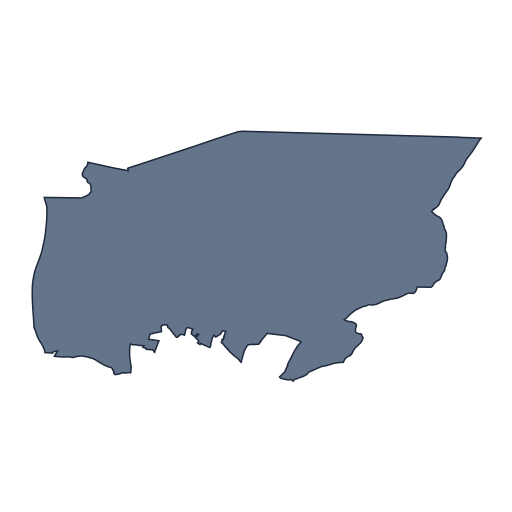 outline of Malambo, Atlántico, Colombia, rotated 181°
{"feature_id": "7082276B4213676035156", "entity_name": "Malambo", "entity_type": "district", "adm_level": 2, "iso_a3": "COL", "parent_name": "Colombia", "parent_adm1": "Atlántico", "projection": "albers", "projection_center": [-74.828, 10.852], "detail": "fine", "context": "isolated", "style": "filled", "palette": "slate", "viewbox_px": 512, "rotation_deg": 181, "n_neighbors": 0, "source": "geoboundaries", "source_scale": "gbopen_adm2", "svg_char_len": 6070}
<svg xmlns="http://www.w3.org/2000/svg" viewBox="0 0 512 512"><g transform="rotate(181 256 256)"><path d="M41.9,378.0L55.5,378.2L55.5,378.4L271.8,380.5L276.4,379.9L278.2,379.2L285.6,376.7L288.2,375.8L299.4,371.9L321.4,364.0L360.5,350.3L373.3,345.8L384.9,341.9L385.8,341.4L385.2,339.1L399.1,341.4L425.7,346.8L426.0,346.5L425.8,345.9L425.8,345.3L426.2,344.1L427.0,342.6L428.3,341.3L429.0,340.3L429.7,338.7L430.1,337.6L430.9,336.2L431.0,335.6L431.1,334.5L430.8,333.1L430.5,332.7L429.1,331.4L428.5,331.2L427.0,330.2L426.3,329.2L426.2,328.0L426.0,327.5L425.6,326.9L425.2,326.4L424.7,326.2L424.3,326.2L423.7,325.8L423.0,324.8L422.5,323.8L422.5,323.2L422.2,322.0L422.2,320.0L421.9,317.7L423.8,315.2L424.0,314.7L425.3,314.0L426.2,313.3L429.5,311.9L431.2,311.0L468.7,310.9L468.5,309.8L468.2,308.5L466.3,302.9L465.9,300.8L465.8,294.9L465.9,288.8L466.3,282.8L466.9,276.1L467.4,271.6L468.3,266.4L469.3,261.3L470.2,257.1L470.8,254.9L471.8,251.7L475.8,240.4L476.8,237.1L477.4,234.6L478.0,231.4L478.5,228.2L478.9,224.5L479.1,220.9L479.1,214.1L478.8,207.3L478.3,200.3L477.2,187.6L476.7,180.7L474.7,176.0L473.5,172.3L472.3,169.9L471.7,168.9L471.1,167.6L469.5,165.4L468.2,163.1L467.7,162.5L467.1,161.2L465.6,157.5L465.3,156.3L465.3,155.7L460.7,155.6L457.6,155.3L457.3,156.6L452.8,157.5L454.1,155.1L454.7,154.3L455.9,152.3L455.1,152.1L447.3,151.6L444.0,151.8L440.4,151.8L439.1,151.6L437.0,151.4L436.4,151.4L434.7,152.1L433.4,152.4L429.8,153.0L428.2,153.0L427.3,152.8L426.1,152.6L421.9,151.9L419.4,151.1L417.4,150.6L414.9,149.5L413.4,148.6L411.9,147.6L405.3,144.0L401.4,142.5L398.6,141.8L398.3,141.6L397.8,140.9L397.1,139.3L396.4,138.7L396.4,138.3L396.2,138.1L396.3,137.8L396.1,137.4L396.1,137.0L396.3,136.5L395.9,135.9L395.0,135.0L393.6,135.1L392.1,135.3L386.8,137.0L386.4,137.0L385.3,136.6L381.3,137.2L379.2,137.1L378.9,141.7L378.9,142.9L380.3,151.2L380.6,153.6L380.7,158.8L380.7,160.7L380.6,162.2L380.2,165.8L377.3,165.0L374.2,165.2L372.3,164.6L370.6,164.5L368.2,164.5L367.2,164.4L366.5,164.2L366.9,163.7L367.5,162.7L365.2,162.0L364.3,161.5L364.3,160.9L364.2,160.8L363.3,160.7L362.4,160.8L361.9,160.6L358.7,160.5L356.8,159.7L356.7,159.4L356.0,158.1L355.6,157.9L355.5,158.8L352.0,168.5L351.9,168.5L351.5,169.6L361.9,170.9L360.5,176.1L358.1,176.6L358.1,176.8L349.2,178.7L349.6,183.9L349.3,184.3L349.0,184.5L349.1,184.8L347.6,185.3L346.3,185.6L343.4,185.5L343.2,183.8L342.9,183.1L342.6,182.7L341.3,182.1L338.1,178.0L336.0,175.5L334.6,173.7L333.8,173.3L333.4,173.3L331.7,174.5L331.7,174.8L331.7,175.5L331.4,175.7L330.5,175.8L329.2,176.3L327.2,176.0L326.2,175.5L325.4,178.0L325.0,181.1L324.6,181.5L323.3,183.5L317.7,181.6L319.0,179.8L318.8,179.7L319.4,177.1L316.4,174.6L315.9,174.3L314.1,176.5L313.0,177.0L312.0,176.7L314.9,173.0L312.3,170.8L311.8,170.2L311.9,169.7L313.0,168.3L313.0,168.0L310.4,166.5L310.0,167.6L300.6,163.7L300.0,164.9L299.7,165.6L299.6,166.6L299.7,167.0L299.5,168.2L299.0,169.7L298.9,170.3L298.4,172.8L296.9,176.1L296.7,176.2L295.8,175.2L294.8,174.2L291.1,176.6L289.8,177.8L288.2,180.7L284.9,179.9L285.8,177.9L286.0,177.0L286.9,174.6L286.3,174.4L287.6,171.9L288.2,172.2L288.6,171.3L288.0,171.0L289.2,169.0L287.4,167.4L285.7,165.4L284.3,163.8L284.0,163.7L282.7,162.1L281.3,160.8L281.2,160.4L279.8,159.1L275.3,155.2L274.4,154.7L271.5,152.3L269.5,149.7L268.9,149.5L268.6,151.3L268.1,153.3L266.5,159.2L266.2,160.3L265.5,162.0L263.9,165.0L263.1,166.4L261.7,167.2L259.6,167.4L259.4,167.6L259.0,167.5L256.6,167.7L256.6,167.4L251.8,167.9L250.2,169.8L250.6,169.8L249.0,171.9L243.5,178.8L225.0,176.9L209.7,171.3L209.8,171.0L210.5,169.9L210.3,169.9L213.5,165.9L214.5,163.9L215.6,162.4L215.8,161.8L216.5,160.5L222.3,148.6L222.6,147.6L222.8,146.6L222.8,146.4L222.5,146.3L223.0,145.8L223.9,143.9L225.0,141.1L225.3,140.6L227.1,138.8L228.0,137.7L230.2,135.7L230.4,135.4L229.1,134.2L224.7,133.1L221.1,132.7L219.1,133.0L218.6,132.9L218.1,132.7L216.8,131.5L214.8,133.6L212.7,134.1L211.3,134.8L206.6,136.5L204.5,137.6L202.9,138.6L201.7,140.3L201.3,140.7L200.1,141.3L195.5,143.4L193.8,144.3L189.8,146.0L188.7,146.6L183.9,147.5L175.4,150.3L171.0,150.9L166.8,151.2L165.8,153.6L165.3,154.5L164.0,155.9L162.0,157.3L160.4,157.9L159.7,159.0L159.4,158.8L159.1,159.0L158.5,159.9L157.0,163.1L155.4,165.7L150.8,170.1L150.3,170.6L149.2,172.0L148.3,173.7L147.9,174.7L147.5,176.5L148.2,177.0L148.6,177.6L148.9,178.3L149.0,179.4L149.2,179.7L149.9,180.0L152.1,180.1L154.0,180.9L154.8,181.5L155.1,182.0L155.3,182.8L155.2,184.9L154.4,188.3L154.5,189.2L155.0,189.9L156.4,190.8L157.5,191.3L159.6,192.0L162.2,192.2L163.8,192.6L165.5,193.2L166.5,193.7L166.7,193.9L164.5,195.6L161.1,199.1L159.0,200.9L156.2,203.2L155.1,203.9L153.3,204.8L149.7,206.5L149.0,206.9L148.1,207.3L145.7,207.8L144.0,208.5L142.7,209.2L141.9,209.3L138.9,209.0L135.8,209.6L135.6,209.7L135.2,209.7L132.9,210.6L128.8,212.7L126.6,213.6L124.8,214.1L123.9,214.2L123.0,214.4L120.9,215.2L117.6,215.6L114.3,216.5L114.1,216.3L113.0,216.7L109.3,218.3L107.6,219.2L106.4,219.9L104.1,221.1L102.3,221.5L100.6,221.5L98.8,221.3L98.4,221.3L97.9,221.5L97.0,222.0L96.0,223.1L95.2,224.7L94.2,227.8L80.6,227.8L79.6,228.4L78.9,229.1L78.5,229.7L77.8,231.1L76.6,232.6L75.2,233.7L73.4,234.9L72.3,235.3L71.5,236.3L70.4,239.0L69.8,240.6L68.9,242.4L67.9,243.6L67.2,244.9L67.0,245.9L66.9,247.6L66.7,248.2L66.0,249.1L65.7,249.9L65.6,252.0L65.1,252.7L64.7,254.6L64.5,257.0L64.5,258.0L64.9,260.2L65.4,262.4L66.0,263.2L66.5,263.6L66.7,263.9L66.9,264.5L67.0,265.4L67.0,266.2L66.6,268.4L66.8,269.4L66.8,270.5L66.2,272.8L66.0,276.6L65.9,280.3L66.0,282.0L66.7,284.0L67.5,285.6L68.1,287.0L68.5,288.5L68.6,289.5L69.2,290.2L69.5,291.0L69.8,292.5L70.1,293.5L70.8,295.0L71.6,296.4L72.6,297.5L73.4,298.1L75.0,298.8L77.2,300.1L81.2,303.5L79.5,305.9L79.3,305.5L76.5,307.8L74.7,309.5L73.6,311.0L73.4,311.9L71.6,316.1L70.7,317.2L70.2,318.3L68.9,320.4L67.4,322.7L65.4,325.5L64.4,327.2L63.5,329.3L62.8,331.7L62.3,333.3L61.7,334.6L60.7,336.7L58.9,339.0L57.7,341.2L56.8,342.5L55.6,343.8L54.1,345.2L53.2,346.2L50.8,349.2L49.6,351.3L48.4,354.1L47.3,356.3L41.6,364.1L39.4,367.6L35.3,374.6L34.2,376.2L32.9,377.8L37.8,377.8L41.9,378.0Z" fill="#64748b" stroke="#1e293b" stroke-width="1.5"/></g></svg>